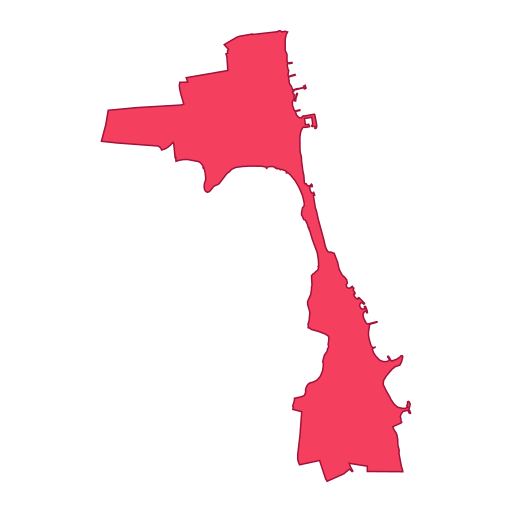 outline of Eforie, Constanta, Romania
{"feature_id": "2599482B71330041260785", "entity_name": "Eforie", "entity_type": "district", "adm_level": 2, "iso_a3": "ROU", "parent_name": "Romania", "parent_adm1": "Constanta", "projection": "natural_earth1", "projection_center": [28.643, 44.044], "detail": "fine", "context": "isolated", "style": "filled", "palette": "rose", "viewbox_px": 512, "rotation_deg": 0, "n_neighbors": 0, "source": "geoboundaries", "source_scale": "gbopen_adm2", "svg_char_len": 6035}
<svg xmlns="http://www.w3.org/2000/svg" viewBox="0 0 512 512"><path d="M287.6,32.0L284.9,31.2L284.4,31.6L281.6,31.8L280.5,30.9L279.1,30.7L278.2,31.1L277.6,31.7L252.5,34.5L252.4,34.0L239.2,36.3L236.5,37.4L225.6,43.7L224.2,44.7L228.5,49.4L227.5,50.6L227.7,53.1L225.9,53.8L226.6,55.8L227.0,58.2L227.8,70.5L186.2,77.7L187.7,82.1L179.8,82.3L179.3,85.3L179.6,88.5L180.9,94.4L183.8,104.1L181.1,105.0L136.8,107.6L108.2,110.3L105.8,124.6L101.4,141.3L117.4,143.0L157.9,146.0L159.5,146.9L160.8,148.2L161.6,150.0L164.9,149.0L167.5,147.5L170.1,145.4L173.0,142.4L173.8,144.4L175.1,157.6L175.7,157.4L176.0,161.3L179.2,160.3L183.4,159.6L187.5,159.5L198.1,161.5L200.1,162.4L201.7,164.1L203.6,167.3L203.0,167.7L203.2,168.2L203.8,168.3L204.2,169.1L205.0,171.9L205.6,176.8L205.7,179.1L205.5,180.2L205.3,180.3L205.4,180.8L205.2,181.7L204.5,182.9L204.1,186.7L204.3,188.2L204.6,189.5L205.4,191.0L207.1,192.3L209.0,191.8L210.2,190.8L213.9,186.2L218.1,184.4L219.3,183.5L226.8,173.6L229.6,171.6L231.4,169.5L233.5,168.4L236.3,167.3L242.8,166.5L249.7,166.1L261.7,166.2L266.0,167.1L266.5,167.4L266.4,168.2L266.8,168.4L267.4,167.0L268.0,166.8L272.2,166.5L275.5,167.4L275.4,168.0L277.3,168.9L277.6,168.4L279.1,168.8L280.4,169.8L281.7,169.4L285.2,170.7L286.8,172.1L286.3,172.8L286.7,173.0L287.1,172.6L287.6,172.8L289.1,173.7L290.6,175.2L295.1,180.6L298.4,186.2L300.1,189.8L302.6,195.9L304.2,203.0L304.2,205.0L304.0,206.1L302.5,207.7L301.6,212.3L301.5,214.9L302.4,216.4L303.7,219.5L305.3,220.1L307.2,223.8L308.2,227.3L309.0,227.6L309.0,228.2L308.6,228.2L310.1,231.9L312.3,239.4L317.2,252.5L318.3,259.3L318.7,265.8L318.1,266.2L318.0,266.6L318.5,267.0L318.6,267.7L317.5,270.5L316.2,271.2L313.7,273.7L312.7,274.2L311.5,275.8L312.0,285.0L311.4,288.0L311.5,289.4L310.7,294.4L307.6,301.5L307.6,304.5L309.6,311.3L309.8,312.7L309.1,320.5L308.0,324.2L308.3,325.9L308.1,327.7L310.2,328.4L311.1,329.4L318.6,331.5L325.2,334.0L328.6,336.3L328.9,339.0L328.1,344.4L328.6,346.4L328.5,347.1L327.2,349.7L327.4,350.5L327.1,351.3L324.5,354.9L323.5,358.2L322.7,361.9L323.3,362.9L323.2,366.3L322.6,370.6L320.8,375.2L319.8,377.0L316.4,380.6L311.9,382.5L310.8,382.5L308.6,383.7L307.3,385.2L306.4,386.9L305.5,389.7L305.7,392.0L304.6,395.0L303.7,395.8L301.5,396.7L294.4,398.3L294.6,398.9L294.2,401.2L292.7,406.2L293.3,407.5L292.8,409.4L301.7,411.7L300.0,435.1L297.7,454.6L297.7,459.1L298.3,461.7L299.5,464.8L319.6,460.5L325.6,478.8L327.1,481.3L344.0,473.7L349.4,469.1L352.1,471.6L352.8,471.1L350.5,466.9L349.2,463.3L367.3,466.2L367.3,471.5L402.8,471.7L402.6,470.2L401.4,466.3L399.3,455.4L399.0,453.0L399.2,450.9L399.0,449.2L397.9,445.2L397.7,439.1L396.8,434.5L396.1,432.9L394.2,430.1L392.8,426.7L401.0,423.0L401.8,422.2L401.0,420.7L400.8,418.1L400.3,417.0L400.8,414.6L403.0,411.5L405.8,410.7L407.6,410.6L408.6,411.1L409.0,412.9L410.1,413.5L410.6,413.1L409.5,410.2L408.8,409.6L410.1,405.1L410.1,403.6L409.0,401.7L408.6,401.4L407.5,401.9L407.5,404.2L406.7,405.9L407.7,406.8L407.7,407.3L405.1,408.4L402.2,408.3L397.8,407.2L396.8,406.6L393.9,403.9L390.9,399.4L389.4,396.3L385.9,390.2L383.2,384.4L383.6,380.4L386.1,376.3L388.1,373.8L392.1,369.2L395.2,366.7L399.9,365.1L401.5,361.9L402.8,356.9L402.3,355.7L401.0,355.8L399.7,357.3L396.5,359.3L391.8,361.0L390.9,360.4L388.5,356.3L387.9,356.2L387.6,356.8L389.3,359.4L389.4,360.0L387.6,361.3L385.0,361.7L382.3,361.3L380.0,360.3L379.0,359.5L375.5,355.8L373.3,352.2L372.4,349.2L372.7,348.6L375.7,346.9L372.6,347.8L371.0,345.5L369.1,339.0L368.5,335.1L368.5,332.1L369.7,324.3L376.8,322.3L377.1,321.9L376.6,321.7L367.5,324.1L366.1,322.9L363.7,318.2L363.1,315.8L363.1,314.2L363.9,312.3L365.3,311.2L365.8,311.1L366.2,311.4L366.7,312.8L367.4,312.7L367.2,310.7L365.5,306.4L364.9,306.3L364.3,306.8L364.8,307.7L364.9,308.4L364.7,308.7L363.0,309.1L361.6,308.8L360.9,308.2L359.6,306.0L360.0,303.9L360.9,302.7L362.0,302.8L363.8,304.2L364.6,303.7L364.6,303.4L359.2,297.8L358.3,297.6L358.2,298.3L358.4,298.9L357.9,299.1L356.4,298.6L354.9,297.0L354.0,295.6L353.7,294.3L353.9,294.0L354.2,294.4L354.7,294.2L355.1,293.0L354.4,291.7L353.3,290.6L353.8,288.1L352.9,287.8L352.9,287.2L352.4,287.1L352.2,286.4L351.7,286.7L351.9,287.2L350.4,287.6L350.3,288.0L348.9,288.3L347.5,287.7L346.7,286.9L346.2,284.9L347.4,282.9L346.6,279.6L344.5,277.1L342.2,275.1L339.8,270.6L338.9,268.4L337.7,262.5L334.2,253.3L330.9,252.1L328.8,252.1L327.7,251.3L326.7,249.7L325.3,246.3L323.9,240.0L318.5,220.2L316.2,210.0L315.4,208.1L313.4,195.6L313.7,195.1L314.6,195.2L314.5,194.7L313.7,192.3L313.4,192.3L312.9,193.4L311.8,193.1L310.8,191.8L309.9,189.4L309.9,187.6L310.3,186.5L311.0,186.1L311.3,186.6L312.3,186.6L312.0,184.7L311.4,184.1L310.9,184.6L310.9,185.3L310.7,185.4L308.2,186.1L306.4,184.4L306.2,183.7L304.9,183.7L304.4,182.8L303.8,175.1L303.0,171.8L301.6,161.4L301.4,156.9L300.3,152.6L300.0,150.1L299.9,137.8L300.3,134.1L300.9,131.2L302.3,128.4L303.3,127.2L304.9,127.4L308.2,127.0L309.6,126.6L309.7,126.3L309.0,125.2L308.8,124.3L305.4,124.7L304.5,118.5L311.8,117.4L312.7,124.0L311.7,125.8L311.8,126.2L312.2,126.6L314.1,126.3L315.0,126.6L314.9,128.4L315.7,128.5L316.5,127.6L316.8,125.7L316.2,122.0L314.7,114.5L314.3,114.2L304.2,116.0L303.5,115.8L302.5,116.4L301.2,118.0L299.3,117.6L297.9,116.6L296.8,115.3L296.2,114.3L295.6,111.7L295.8,111.3L299.7,110.6L300.0,110.1L299.5,109.9L294.9,111.0L293.9,109.4L292.6,105.8L292.3,102.6L292.7,101.1L293.1,100.5L294.6,100.1L295.1,101.1L295.7,101.0L295.9,98.4L297.5,93.7L297.0,93.3L296.7,93.6L295.1,99.3L293.8,100.0L294.1,98.8L293.9,97.1L294.5,94.8L292.7,93.0L292.5,91.7L292.6,91.4L293.0,91.2L293.3,91.6L293.7,91.5L293.5,90.4L293.7,90.2L304.0,87.7L304.3,88.9L304.9,88.9L306.0,88.3L306.0,87.7L305.1,85.4L304.8,85.8L303.6,86.1L303.9,87.4L299.0,88.5L297.1,88.6L293.0,89.9L292.2,88.8L291.5,86.5L289.8,84.1L289.3,82.9L289.1,81.8L289.2,80.6L288.6,78.5L288.8,77.0L295.3,75.1L294.9,74.4L289.3,76.2L288.6,76.2L288.0,75.2L288.7,70.3L288.1,69.4L287.3,66.1L287.3,64.1L287.5,63.8L291.9,63.3L292.2,62.8L291.9,62.5L291.3,62.5L288.1,63.0L287.7,62.7L287.0,60.9L287.0,54.3L285.2,50.3L285.2,39.5L286.1,34.8L287.6,32.0Z" fill="#f43f5e" stroke="#9f1239" stroke-width="1.5"/></svg>